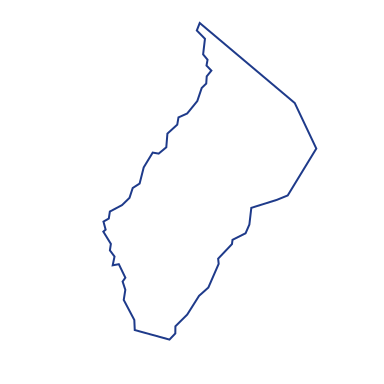 San Augustine, Texas, United States of America (Equal Earth projection), rotated 32°
{"feature_id": "52423323B87261257392916", "entity_name": "San Augustine", "entity_type": "district", "adm_level": 2, "iso_a3": "USA", "parent_name": "United States of America", "parent_adm1": "Texas", "projection": "equal_earth", "projection_center": [-94.22, 31.376], "detail": "fine", "context": "isolated", "style": "outline", "palette": "blue", "viewbox_px": 384, "rotation_deg": 32, "n_neighbors": 0, "source": "geoboundaries", "source_scale": "gbopen_adm2", "svg_char_len": 837}
<svg xmlns="http://www.w3.org/2000/svg" viewBox="0 0 384 384"><g transform="rotate(32 192 192)"><path d="M137.8,272.6L150.7,279.0L153.3,285.0L160.5,287.8L163.6,296.2L168.2,292.0L180.9,300.0L180.6,304.7L187.3,310.3L191.3,319.7L210.9,331.1L216.6,339.4L251.1,329.1L252.8,320.8L249.1,314.7L252.9,298.5L253.0,276.3L256.5,264.4L252.7,238.8L249.5,234.7L253.5,215.0L251.7,211.1L259.3,198.6L257.9,189.2L250.7,174.0L268.2,153.6L275.0,144.2L274.4,89.3L232.0,62.1L109.0,44.6L110.5,52.5L121.8,55.2L128.5,69.4L135.1,71.6L137.3,77.1L144.1,78.8L143.2,86.1L146.6,92.5L145.1,98.6L148.3,112.1L146.3,128.0L141.0,135.9L143.8,142.7L140.2,155.5L146.5,167.7L143.4,177.1L137.8,179.4L138.0,196.7L143.1,212.6L139.6,220.0L142.1,230.1L139.6,240.2L132.7,252.1L135.5,258.6L132.6,264.0L138.7,269.7L137.8,272.6Z" fill="none" stroke="#1e3a8a" stroke-width="2"/></g></svg>